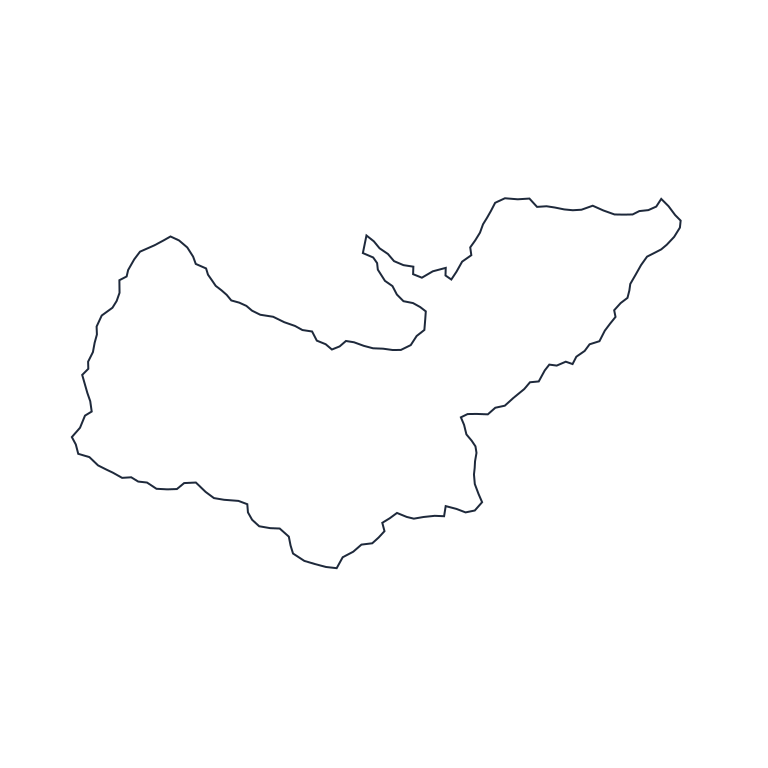 outline of Agrolândia, Santa Catarina, Brazil, rotated 262°
{"feature_id": "56859067B12075513743626", "entity_name": "Agrolândia", "entity_type": "district", "adm_level": 2, "iso_a3": "BRA", "parent_name": "Brazil", "parent_adm1": "Santa Catarina", "projection": "natural_earth1", "projection_center": [-49.817, -27.467], "detail": "fine", "context": "isolated", "style": "outline", "palette": "slate", "viewbox_px": 768, "rotation_deg": 262, "n_neighbors": 0, "source": "geoboundaries", "source_scale": "gbopen_adm2", "svg_char_len": 2696}
<svg xmlns="http://www.w3.org/2000/svg" viewBox="0 0 768 768"><g transform="rotate(262 384 384)"><path d="M523.6,136.4L511.1,134.8L503.4,130.8L497.3,125.7L491.1,114.0L480.9,107.4L473.0,106.6L465.1,103.2L456.1,100.2L447.3,94.1L440.2,93.3L435.0,86.4L416.4,89.0L407.8,90.7L397.4,90.7L394.3,83.5L383.0,76.9L374.9,67.5L367.0,70.4L357.4,71.5L352.6,82.1L343.2,89.5L337.8,97.3L333.9,103.2L327.5,111.6L326.8,120.7L321.6,127.0L319.4,135.6L311.9,144.1L309.8,154.9L308.8,164.3L313.7,172.3L312.6,184.0L302.0,192.3L294.7,199.7L291.6,209.5L288.5,223.6L284.0,231.9L275.8,231.4L267.9,234.5L260.5,240.6L257.1,251.2L255.4,260.6L246.1,268.5L237.1,269.0L228.8,270.3L219.9,280.5L215.3,290.6L210.9,301.0L208.2,311.5L218.2,319.0L222.2,330.2L228.1,339.3L227.9,350.2L232.7,357.3L238.2,364.0L246.8,363.0L250.2,370.9L254.5,378.9L249.2,388.0L246.5,394.8L246.8,404.7L246.4,415.9L244.7,425.1L254.5,428.1L250.2,438.4L245.5,446.9L246.1,456.3L253.3,464.7L262.0,462.3L272.3,460.0L281.9,460.5L288.2,462.1L294.8,463.4L302.9,466.0L309.5,465.9L315.7,462.9L322.6,458.6L332.4,457.6L340.3,455.5L342.6,462.6L341.5,471.4L339.5,482.6L345.0,490.9L345.7,500.6L352.2,510.2L359.5,522.2L365.4,528.8L365.0,537.6L375.1,545.1L380.2,550.4L378.2,557.6L380.8,567.1L377.5,573.5L384.3,578.3L388.8,587.3L394.7,593.1L396.4,603.3L406.1,610.1L412.3,616.3L418.2,622.6L425.0,622.2L431.2,629.6L435.4,637.1L442.5,640.0L448.8,641.8L457.1,648.3L466.0,655.1L473.5,662.2L476.0,669.5L478.7,677.2L482.5,683.3L489.3,691.8L497.7,698.8L504.5,700.5L510.8,695.8L520.5,690.5L528.7,684.3L521.8,678.3L519.4,670.0L519.7,660.9L517.3,653.8L518.3,645.4L519.8,635.9L525.3,625.4L531.5,615.5L529.1,603.8L529.8,595.1L531.8,586.8L535.0,577.7L537.4,569.7L538.1,560.2L547.4,553.8L548.3,542.1L551.1,529.6L548.0,519.3L540.4,513.9L534.3,509.2L528.4,504.3L520.5,500.1L513.5,494.3L507.3,488.4L499.4,488.4L494.3,478.4L485.1,471.4L478.1,465.2L482.9,460.0L490.4,461.3L488.8,448.0L484.0,436.3L488.7,428.1L496.1,429.4L499.0,419.8L504.3,411.0L512.2,406.0L519.0,398.5L526.7,393.8L533.5,387.3L516.6,381.3L510.8,390.9L504.7,394.0L498.1,393.8L486.0,399.3L479.8,406.0L470.8,409.2L463.3,414.8L460.1,424.0L455.2,430.5L450.1,435.5L442.6,433.9L431.9,431.5L427.0,423.0L418.8,415.9L415.4,405.5L416.4,397.5L419.1,388.0L420.9,378.1L424.6,369.3L429.5,360.1L431.9,352.3L427.4,345.3L425.4,337.2L431.5,331.8L436.3,323.5L446.0,320.1L448.8,310.7L453.9,303.9L459.1,293.8L466.0,283.6L469.8,271.1L475.0,263.5L480.5,258.6L484.7,252.0L488.0,244.4L494.2,240.6L499.4,236.1L504.6,231.0L510.5,228.1L516.8,224.9L523.2,223.9L529.1,214.3L536.7,212.7L546.6,208.2L554.7,201.0L559.8,193.1L556.9,185.8L553.3,176.0L549.0,160.8L542.2,154.0L532.5,146.5L526.3,144.1L523.6,136.4Z" fill="none" stroke="#1e293b" stroke-width="2"/></g></svg>